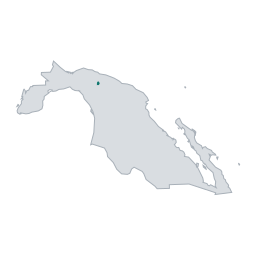 Huamuxtitlán, Guerrero, Mexico shown in context, rotated 178°
{"feature_id": "50627088B12033458309920", "entity_name": "Huamuxtitlán", "entity_type": "district", "adm_level": 2, "iso_a3": "MEX", "parent_name": "Mexico", "parent_adm1": "Guerrero", "projection": "mercator", "projection_center": [-98.542, 17.83], "detail": "fine", "context": "in_parent", "style": "filled", "palette": "teal", "viewbox_px": 256, "rotation_deg": 178, "n_neighbors": 0, "source": "geoboundaries", "source_scale": "gbopen_adm2", "svg_char_len": 4052}
<svg xmlns="http://www.w3.org/2000/svg" viewBox="0 0 256 256"><g transform="rotate(178 128 128)"><path d="M26.6,60.0L43.3,58.5L42.6,60.2L69.0,69.9L88.7,69.9L88.7,66.2L101.0,66.3L103.1,68.9L111.7,75.9L113.8,81.8L115.3,84.1L123.3,88.6L125.8,86.9L127.8,82.6L130.2,81.7L136.0,82.4L140.7,87.2L143.9,94.0L149.4,100.1L149.8,104.0L152.2,108.8L164.3,113.2L165.9,112.5L162.3,124.6L161.0,138.9L161.6,142.0L164.7,146.0L164.1,148.2L164.2,146.0L161.7,142.6L162.5,145.7L165.6,152.4L170.7,158.7L171.9,162.6L175.4,166.5L174.4,166.4L176.5,167.4L175.8,166.8L179.6,167.3L182.3,168.7L184.6,171.2L190.9,169.3L195.6,169.0L198.7,167.5L202.0,167.2L202.6,167.8L202.4,168.6L205.0,169.1L206.8,167.9L206.4,165.8L205.5,166.3L205.7,165.9L210.6,162.5L210.9,159.7L212.3,158.1L212.3,153.6L213.3,150.2L217.0,148.2L223.5,147.2L226.4,146.0L229.6,145.7L234.9,146.9L235.3,146.2L233.9,146.1L235.7,145.6L237.9,147.1L238.2,149.1L237.1,151.8L233.7,156.0L233.6,158.7L231.8,160.4L232.1,161.0L233.7,160.8L232.0,162.5L232.1,163.2L233.1,163.0L231.0,169.8L230.5,170.4L229.4,168.9L229.1,166.3L227.6,169.0L226.0,169.2L224.0,172.7L221.8,172.7L221.6,173.8L208.8,173.8L208.8,177.9L205.9,177.9L212.8,184.2L212.6,186.5L203.6,186.5L200.3,192.3L201.3,193.7L200.1,197.5L193.6,191.0L188.4,186.6L185.2,185.0L184.9,185.4L187.8,186.9L183.2,185.6L183.5,184.5L182.3,184.9L181.6,184.0L180.7,185.0L182.3,185.5L179.9,185.7L177.6,187.2L170.3,189.5L165.6,187.7L161.7,187.3L159.0,185.5L156.3,184.8L154.6,183.1L148.2,181.8L140.1,178.3L134.8,175.0L132.6,172.7L127.2,172.0L122.0,170.1L118.7,166.4L111.6,162.8L107.8,157.9L106.5,154.8L109.3,153.4L108.9,152.1L107.6,151.7L109.5,149.4L109.7,146.6L108.1,145.6L106.6,142.9L106.6,140.3L105.6,138.0L101.4,133.7L97.6,128.5L91.9,124.0L93.5,124.9L93.6,123.9L90.6,122.9L88.3,119.3L89.9,119.4L85.4,117.0L84.7,115.8L83.1,116.2L82.8,115.7L84.0,114.3L81.9,115.4L80.6,114.3L80.3,112.0L81.9,109.9L82.4,110.3L81.3,108.1L79.9,106.7L78.0,106.8L76.7,103.8L74.4,103.2L73.0,101.9L72.0,99.3L72.6,97.6L68.5,96.8L61.2,88.5L60.8,86.5L59.7,85.9L55.0,75.4L54.5,72.2L55.0,71.1L51.0,69.7L50.1,68.0L48.8,67.4L47.4,68.4L41.9,65.2L42.9,67.3L42.2,71.3L43.5,74.4L44.6,80.5L50.1,85.7L51.9,89.2L52.7,89.1L53.1,90.1L53.9,90.2L54.7,92.5L56.3,93.2L57.2,97.9L60.0,100.3L61.0,103.0L62.3,103.8L63.3,106.9L64.4,107.7L63.8,105.4L65.3,106.7L67.3,113.9L69.1,115.9L71.5,121.0L71.2,123.1L71.7,125.0L73.7,126.8L74.4,125.0L80.3,131.6L79.8,134.0L77.5,135.8L76.2,136.0L73.8,130.6L64.5,123.4L63.7,123.5L61.8,121.2L61.4,119.6L62.0,116.2L61.1,112.9L59.7,110.6L55.2,107.7L54.3,104.9L53.5,106.1L51.2,106.6L49.5,104.7L45.3,102.7L44.6,101.1L41.5,98.7L41.2,97.8L44.4,98.3L46.3,97.6L46.3,98.3L47.9,99.1L47.3,97.2L46.5,97.1L48.1,93.2L41.9,85.8L36.7,82.6L35.8,81.0L35.7,78.2L34.5,77.3L34.0,74.1L32.4,72.8L32.1,70.9L29.8,67.9L29.4,66.5L30.1,65.6L28.5,64.4L26.6,60.0ZM60.9,88.6L60.4,90.5L58.8,89.9L59.4,87.0L60.4,86.7L60.9,88.6ZM54.3,88.2L51.9,86.2L51.3,84.1L52.5,84.8L52.8,85.9L54.0,86.2L54.3,88.2ZM237.1,155.4L236.5,154.9L236.8,154.1L238.3,153.4L237.1,155.4ZM61.9,123.4L60.3,121.6L61.2,117.8L61.0,121.2L61.9,123.4ZM40.2,96.0L39.0,95.8L39.8,93.7L40.4,95.2L40.2,96.0ZM18.8,89.1L17.7,87.7L17.9,87.1L18.3,87.2L18.8,89.1ZM63.3,123.5L64.3,125.0L62.2,123.5L63.3,123.5ZM100.7,145.7L100.5,146.3L99.9,146.1L99.7,145.0L100.7,145.7ZM72.1,119.6L72.5,120.8L71.4,119.3L72.1,119.6ZM68.0,111.9L68.7,112.4L67.7,113.5L68.0,111.9ZM69.9,167.0L69.5,167.2L68.9,166.7L69.4,166.1L69.9,167.0ZM204.2,167.2L203.1,167.5L205.0,166.9L204.2,167.2ZM77.7,126.2L77.1,126.1L77.0,125.0L77.7,126.2Z" fill="#d9dde1" stroke="#a8b0b8" stroke-width="1"/><path d="M156.5,174.6L156.5,174.4L156.5,174.2L156.6,173.9L156.4,173.9L156.3,173.7L156.2,173.5L156.2,173.4L156.2,173.2L156.2,173.3L156.3,173.3L156.3,173.2L156.5,173.1L156.4,173.1L156.5,172.9L156.5,173.0L156.5,172.9L156.6,172.7L156.3,172.7L156.3,172.8L156.2,172.9L156.1,173.0L155.9,173.2L155.7,173.2L155.6,173.3L155.7,173.5L155.7,173.9L155.7,174.0L155.8,174.2L155.8,174.3L155.9,174.5L156.0,174.7L156.3,174.7L156.2,174.7L156.3,174.7L156.2,174.7L156.3,174.7L156.5,174.6Z" fill="#14b8a6" stroke="#0f766e" stroke-width="1.5"/></g></svg>